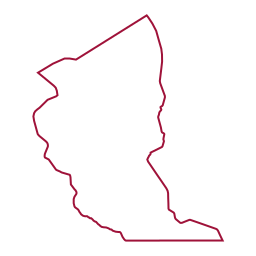 map outline of Illizi (Robinson projection)
{"feature_id": "DZA-2188", "entity_name": "Illizi", "entity_type": "Province", "adm_level": 1, "iso_a3": "DZA", "parent_name": "Algeria", "parent_adm1": "", "projection": "robinson", "projection_center": [8.244, 27.011], "detail": "fine", "context": "isolated", "style": "outline", "palette": "rose", "viewbox_px": 256, "rotation_deg": 0, "n_neighbors": 0, "source": "natural_earth", "source_scale": "10m", "svg_char_len": 2721}
<svg xmlns="http://www.w3.org/2000/svg" viewBox="0 0 256 256"><path d="M146.7,15.4L148.3,17.4L152.4,23.6L156.2,30.9L158.7,39.8L161.3,48.8L162.0,54.5L162.1,61.6L161.4,67.9L159.8,81.0L160.2,83.2L164.9,96.0L164.9,97.5L164.8,97.8L162.7,105.3L162.1,106.0L161.2,106.5L160.5,107.1L160.6,107.9L161.0,108.7L161.3,109.5L161.1,110.2L159.7,111.8L159.3,112.6L158.9,114.8L158.3,116.3L158.2,116.9L158.2,117.5L160.9,127.5L161.6,131.4L161.9,132.1L162.2,132.5L163.7,133.3L164.2,133.8L164.3,134.3L163.5,138.3L163.4,139.6L163.8,140.6L163.9,141.4L162.5,146.2L161.9,147.0L150.6,152.6L150.6,153.4L150.5,154.0L150.2,154.6L149.1,155.7L148.5,157.1L148.1,157.7L147.3,159.5L148.1,161.6L152.6,168.2L157.5,175.4L161.5,181.2L166.4,188.4L167.6,190.8L168.1,193.2L168.2,198.1L168.4,203.4L168.5,208.6L168.9,209.6L173.7,212.6L174.3,213.6L174.9,217.1L175.3,218.4L175.8,219.1L180.1,222.7L180.7,222.9L182.0,222.8L185.7,221.3L189.3,219.9L190.0,219.8L190.7,220.0L196.8,222.1L204.5,224.8L214.7,228.4L216.1,228.9L217.1,229.5L218.0,230.7L220.2,235.5L222.6,240.5L126.1,240.6L125.6,240.5L125.4,240.4L125.1,240.2L124.1,239.2L123.3,238.0L122.5,236.8L121.1,233.6L120.8,233.0L120.4,232.5L120.1,232.2L119.9,232.1L119.5,232.0L119.2,232.0L118.4,232.0L115.7,231.7L112.8,230.7L112.6,230.6L111.6,229.6L111.4,229.5L111.2,229.5L110.6,229.4L110.4,229.4L109.8,229.2L108.7,228.4L106.3,227.5L105.4,227.4L103.8,227.3L101.7,226.9L100.5,226.1L100.1,225.8L99.4,225.0L99.1,224.8L98.4,224.4L98.1,224.1L96.1,221.9L95.8,221.8L95.1,221.5L94.9,221.5L93.5,220.6L93.2,220.2L92.9,219.8L92.0,218.9L91.8,218.7L91.2,218.3L91.1,218.2L90.8,218.2L90.4,218.3L90.2,218.3L90.0,218.2L89.8,218.1L89.4,217.7L89.2,217.5L88.6,217.4L88.4,217.3L88.2,217.1L87.7,216.6L87.4,216.4L87.2,216.3L87.0,216.2L86.8,216.2L85.5,216.3L84.2,216.1L82.8,215.6L82.6,215.5L82.4,215.3L81.8,214.8L81.2,214.4L81.1,214.2L80.8,213.9L80.5,213.3L79.5,212.0L78.6,210.3L78.2,209.7L77.7,209.2L75.6,207.7L75.0,207.2L74.6,206.6L74.4,206.1L73.7,203.2L73.7,199.2L73.8,198.7L74.5,196.7L74.7,196.4L76.1,194.3L76.3,194.0L76.4,193.6L76.5,193.3L76.5,192.9L76.5,192.5L76.4,192.1L76.3,191.7L75.9,191.0L75.5,190.3L74.5,189.3L70.9,184.5L70.5,177.4L70.2,175.8L69.7,174.8L61.8,172.5L60.8,172.0L60.0,171.5L56.5,170.0L56.2,169.8L56.0,169.6L55.6,169.1L48.9,159.7L48.6,159.4L45.3,157.7L45.1,157.6L44.9,157.4L44.8,157.2L44.7,156.8L44.6,156.2L44.7,155.0L44.8,154.2L45.1,153.3L47.8,146.7L47.9,146.1L47.9,145.7L47.9,145.2L47.8,144.5L47.5,143.4L46.9,142.4L45.7,141.2L39.5,136.1L38.1,134.6L37.8,134.2L37.7,133.9L37.6,133.6L34.1,120.8L33.4,116.4L34.1,113.2L35.2,111.3L37.2,109.5L39.6,107.7L47.6,99.8L56.2,96.3L57.5,95.2L56.8,90.7L55.7,87.7L53.8,85.7L38.0,72.7L52.9,63.7L64.6,58.5L69.4,58.5L76.0,59.6L146.7,15.4Z" fill="none" stroke="#9f1239" stroke-width="2"/></svg>